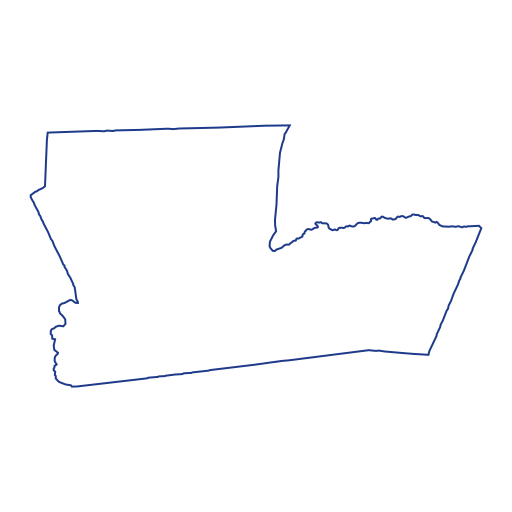 Cahabón, Alta Verapaz, Guatemala
{"feature_id": "79465075B65664017230403", "entity_name": "Cahabón", "entity_type": "district", "adm_level": 2, "iso_a3": "GTM", "parent_name": "Guatemala", "parent_adm1": "Alta Verapaz", "projection": "albers", "projection_center": [-89.715, 15.61], "detail": "fine", "context": "isolated", "style": "outline", "palette": "blue", "viewbox_px": 512, "rotation_deg": 0, "n_neighbors": 0, "source": "geoboundaries", "source_scale": "gbopen_adm2", "svg_char_len": 4688}
<svg xmlns="http://www.w3.org/2000/svg" viewBox="0 0 512 512"><path d="M479.0,225.8L467.3,226.4L466.5,226.8L463.8,226.5L462.2,227.3L458.3,226.2L455.7,226.8L452.1,226.3L449.1,226.7L442.5,226.4L439.3,224.9L437.8,222.7L436.4,221.9L435.5,222.6L433.3,221.9L432.2,221.6L431.6,221.2L431.2,220.5L430.2,219.3L429.6,218.7L429.0,218.3L428.1,218.0L425.3,218.1L424.8,218.1L423.9,217.6L423.5,216.9L422.9,216.2L422.1,216.1L421.5,216.3L420.8,216.3L420.1,216.1L419.3,215.6L418.1,215.0L417.2,214.9L416.2,215.1L415.1,214.9L414.4,214.5L413.8,214.5L412.8,214.5L412.3,214.7L411.8,215.0L411.5,215.5L410.6,216.2L410.0,216.3L408.7,216.6L408.1,216.9L407.3,217.3L406.7,217.6L406.2,217.7L405.2,217.6L404.4,217.0L403.7,216.5L403.0,216.2L402.4,216.1L401.4,216.1L399.8,216.9L399.3,216.9L398.6,216.6L397.7,216.7L397.2,217.1L396.6,217.7L395.7,218.9L394.7,219.3L394.1,219.3L393.4,219.5L392.5,219.5L391.8,218.9L391.3,218.6L390.5,218.3L389.9,218.3L389.3,218.6L388.4,218.7L387.8,218.7L386.1,218.3L385.5,218.1L384.9,217.9L383.9,217.4L383.5,217.0L382.6,216.6L381.6,216.7L380.9,217.5L380.4,218.2L379.6,218.5L378.5,218.5L377.8,219.0L377.4,219.7L376.7,219.8L376.1,219.5L375.7,218.8L374.9,218.0L374.1,218.1L373.4,218.3L372.3,218.6L371.3,218.7L371.0,219.2L370.9,219.9L370.9,220.4L371.0,221.0L370.7,221.5L370.0,221.9L369.5,222.4L369.0,223.1L368.1,223.2L367.1,223.0L366.4,222.9L365.6,223.0L364.7,223.2L364.1,223.2L363.4,223.1L362.7,223.0L362.0,222.9L361.3,222.7L358.9,222.8L358.1,223.0L357.2,223.6L356.7,224.1L355.8,225.1L355.0,225.9L354.0,226.4L353.2,226.5L352.6,226.5L351.9,226.4L351.1,226.2L350.6,225.9L349.8,225.6L349.1,225.7L348.7,226.0L348.0,226.5L347.2,226.3L346.4,226.3L345.6,226.8L345.0,227.3L344.5,227.7L343.5,228.0L342.7,227.9L341.8,227.7L341.0,227.7L340.2,227.9L339.3,227.9L338.6,228.2L338.4,228.7L338.1,229.3L337.5,229.9L336.7,230.2L335.9,230.0L335.2,229.6L334.7,229.5L334.2,229.6L333.5,230.0L332.8,230.2L332.0,230.0L331.5,229.7L330.9,229.4L330.4,229.1L329.6,228.7L329.1,228.3L328.6,227.5L328.5,226.5L328.3,225.7L328.0,224.7L327.6,224.2L326.6,223.5L325.7,223.3L324.2,223.3L323.0,223.3L322.2,223.2L321.4,222.6L321.0,222.2L320.2,222.3L319.2,222.6L318.5,222.5L317.9,222.3L316.9,222.3L316.3,222.5L315.6,223.0L315.4,223.8L316.0,224.4L316.5,224.8L317.1,225.4L317.7,226.1L317.8,226.8L317.8,227.3L317.1,227.6L316.4,227.6L315.3,227.8L314.5,228.1L313.7,228.4L312.7,229.1L312.2,229.4L311.6,229.7L310.8,229.7L310.1,229.5L309.4,229.2L308.4,229.1L307.7,229.2L307.0,229.4L306.3,229.9L306.0,230.5L305.6,231.0L305.1,231.3L304.8,231.8L304.5,232.5L304.5,233.3L303.8,233.9L303.2,234.1L302.6,234.8L302.5,235.5L302.5,236.3L301.8,237.0L301.0,237.3L300.5,237.5L298.4,238.6L297.3,238.5L296.6,238.6L296.1,239.5L296.0,240.1L295.6,240.7L294.8,240.7L294.2,240.7L293.3,241.0L292.8,241.5L291.9,242.3L290.8,243.0L290.2,243.4L289.1,244.6L286.0,244.6L284.2,245.5L281.6,247.8L276.6,249.5L274.8,251.0L272.7,250.8L270.3,247.9L269.6,246.4L269.9,241.8L273.0,235.6L276.1,231.2L275.1,225.2L275.0,219.7L276.5,204.6L277.2,186.0L278.4,177.3L278.4,170.6L280.0,152.7L282.4,143.3L283.9,139.1L284.6,134.0L285.7,132.7L289.7,125.4L265.2,125.7L218.5,127.6L179.2,128.5L173.8,129.1L167.6,128.7L139.2,129.9L115.5,130.4L113.3,131.0L106.8,130.6L104.2,131.3L97.0,130.9L47.7,132.6L46.9,139.9L45.0,186.2L42.9,188.0L38.5,190.0L36.7,191.4L35.4,191.7L30.7,195.2L30.7,197.0L31.4,198.6L34.2,203.4L34.4,204.6L38.4,211.9L39.0,214.3L40.4,216.3L41.5,219.4L43.1,221.9L43.3,223.0L48.2,232.4L50.9,239.0L52.4,240.9L54.4,246.1L59.9,256.7L63.2,264.4L64.5,265.6L64.5,266.8L66.9,270.6L67.9,274.0L70.3,277.7L73.3,284.2L73.3,285.1L74.7,287.3L76.4,299.4L77.8,301.7L77.9,303.0L75.5,302.8L71.8,300.2L70.0,300.0L64.3,303.1L61.8,303.6L59.8,305.3L59.0,307.5L59.0,311.1L59.7,312.1L59.9,313.2L62.9,316.2L65.2,319.3L65.5,323.8L63.3,326.3L59.0,325.7L55.9,326.7L54.1,328.3L51.9,329.2L50.9,330.4L50.7,334.0L52.1,335.4L52.3,338.7L55.1,339.3L53.7,345.6L54.3,349.8L55.0,350.4L58.0,352.8L57.8,353.7L55.8,355.6L54.8,357.3L54.6,361.0L56.6,364.5L54.6,365.8L54.4,367.5L53.7,368.7L53.6,370.2L55.2,371.7L54.8,375.0L55.8,376.1L55.8,378.5L57.8,380.8L59.0,381.9L65.4,384.4L69.5,385.1L70.9,385.3L71.9,386.6L76.7,386.5L105.3,383.2L147.3,378.3L148.3,377.7L157.9,376.9L158.9,376.4L165.0,376.1L165.7,375.7L175.3,374.5L182.3,374.1L183.8,373.3L191.4,372.9L192.4,372.4L208.8,370.6L209.9,370.1L254.0,364.8L282.0,360.9L288.3,360.4L368.6,350.2L375.9,350.9L378.9,350.6L384.9,351.5L403.5,353.1L413.4,353.9L428.4,354.8L429.3,351.2L436.6,335.8L436.6,334.6L440.1,327.2L440.7,324.5L442.8,320.6L446.6,310.8L447.9,308.9L448.8,305.1L450.8,301.5L453.7,293.5L458.1,284.2L459.3,280.4L460.4,278.7L460.5,277.5L463.9,270.6L469.3,256.5L472.6,249.9L472.6,248.7L475.7,242.3L481.3,228.2L479.0,225.8Z" fill="none" stroke="#1e3a8a" stroke-width="2"/></svg>